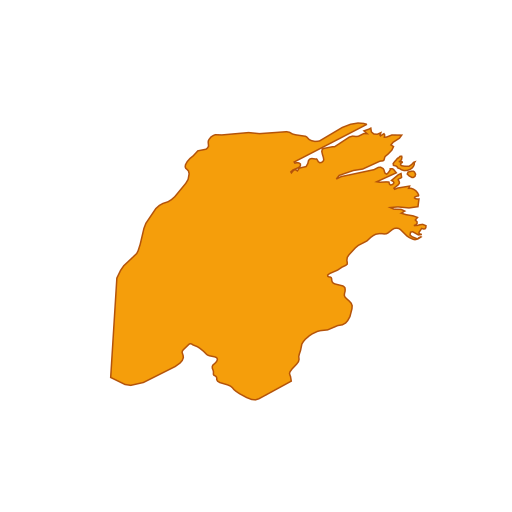 SVG path tracing the border of Östergötland, rotated 328°
{"feature_id": "SWE-184", "entity_name": "Östergötland", "entity_type": "County", "adm_level": 1, "iso_a3": "SWE", "parent_name": "Sweden", "parent_adm1": "", "projection": "natural_earth1", "projection_center": [16.243, 58.361], "detail": "fine", "context": "isolated", "style": "filled", "palette": "amber", "viewbox_px": 512, "rotation_deg": 328, "n_neighbors": 0, "source": "natural_earth", "source_scale": "10m", "svg_char_len": 5089}
<svg xmlns="http://www.w3.org/2000/svg" viewBox="0 0 512 512"><g transform="rotate(328 256 256)"><path d="M419.9,203.1L389.7,200.7L338.2,196.5L338.2,197.9L340.1,198.5L341.7,199.8L342.4,201.5L341.4,203.1L339.2,203.6L332.9,202.6L330.1,203.1L330.1,204.3L332.0,203.6L333.8,203.2L335.3,203.8L336.2,205.8L339.2,204.4L345.9,206.7L349.0,205.0L351.2,202.8L353.2,202.3L355.0,202.9L358.2,205.6L358.8,205.8L358.9,206.5L358.8,209.0L359.5,210.7L361.2,211.4L363.1,211.2L364.4,210.4L365.4,208.0L366.2,205.0L367.2,202.2L368.9,200.5L371.0,200.9L378.6,203.8L380.6,205.0L398.2,204.6L401.4,205.5L404.2,207.7L406.2,208.7L412.3,209.3L415.0,211.1L414.7,210.2L414.2,208.0L413.9,207.1L419.2,208.3L421.1,208.4L419.6,211.9L420.6,215.0L423.3,217.0L427.2,217.6L425.8,218.7L425.2,219.0L425.2,220.1L429.3,220.1L429.3,221.5L427.8,223.3L429.7,224.3L435.4,225.4L443.6,230.7L440.1,232.1L432.6,232.2L429.3,233.3L430.6,236.1L427.3,238.2L422.2,239.5L418.6,240.0L417.6,240.4L415.8,242.1L415.0,242.6L413.9,242.5L411.9,241.5L410.9,241.2L392.6,238.8L383.9,235.1L369.2,231.7L364.9,233.3L370.2,233.8L401.8,245.3L406.7,245.7L408.7,246.7L410.1,249.2L410.1,250.9L409.6,252.5L409.3,254.1L410.1,255.8L411.4,255.7L413.7,254.9L415.7,253.9L416.0,253.2L417.8,254.2L418.5,255.3L419.1,259.8L397.7,257.0L400.1,259.1L405.6,262.1L407.9,263.7L407.3,265.8L407.7,267.1L409.5,267.7L411.2,267.4L411.9,266.7L411.9,265.5L410.9,263.7L419.7,262.5L422.7,262.9L421.2,266.4L420.4,266.6L418.0,266.3L417.1,266.4L416.9,267.0L416.9,268.1L416.7,269.4L416.1,270.3L414.3,271.0L408.9,271.6L408.9,272.9L412.3,273.5L423.3,278.1L421.9,279.2L421.3,279.5L423.3,280.7L424.9,282.7L426.1,285.3L426.5,288.0L426.2,290.6L425.5,291.1L424.2,290.5L422.3,290.1L421.2,290.7L421.6,291.9L423.0,293.2L424.4,294.0L419.5,300.0L411.2,296.3L402.3,289.5L395.6,286.1L397.8,289.4L403.8,293.4L405.9,296.7L404.9,296.6L402.9,296.8L401.9,296.7L405.2,300.5L410.4,305.1L413.4,308.9L410.2,309.9L410.7,312.3L409.9,313.7L408.2,314.2L406.0,313.9L409.1,315.6L411.7,316.4L414.1,317.5L416.2,320.4L415.0,322.0L413.7,322.5L412.4,321.9L411.1,320.4L406.8,322.3L406.1,323.5L408.0,325.6L404.9,324.2L401.7,318.4L399.7,317.7L397.7,319.8L398.6,322.4L402.0,327.1L403.8,326.8L406.0,327.1L406.1,327.3L402.2,327.3L399.9,326.6L399.2,326.2L398.4,325.4L397.9,324.8L395.8,321.6L394.6,319.0L392.5,310.1L391.6,308.3L390.0,306.9L387.9,305.9L385.6,305.8L380.0,306.4L378.3,306.2L376.5,305.3L374.7,303.8L372.5,302.4L369.1,301.0L366.2,300.8L363.2,301.0L358.1,302.0L348.4,301.2L344.7,301.7L335.6,304.2L332.7,305.5L330.7,307.9L330.0,309.7L329.1,311.2L327.3,311.5L322.7,311.0L317.9,311.2L309.1,309.9L306.7,310.1L306.1,311.3L306.8,312.4L307.8,313.2L308.3,314.1L308.1,315.3L307.3,316.9L306.9,318.3L307.2,320.1L308.3,321.7L313.8,327.4L314.3,328.6L314.6,329.9L314.0,331.4L313.0,332.9L310.9,335.0L310.0,336.3L309.7,337.9L310.2,340.2L311.2,343.6L311.7,346.5L311.2,349.1L309.4,351.6L303.5,357.2L299.5,359.4L296.5,360.3L292.8,360.1L288.4,358.3L277.6,356.6L271.0,353.4L268.2,352.5L262.4,351.8L259.0,351.9L253.7,352.7L251.0,353.6L248.3,354.9L243.7,359.7L240.8,362.1L239.0,363.9L237.7,366.5L236.0,368.1L233.2,369.2L226.7,370.9L223.5,372.2L222.2,373.3L221.6,375.2L221.4,376.5L219.6,380.8L182.7,378.6L179.3,377.7L176.2,375.3L173.0,371.0L169.1,364.1L167.4,360.3L166.5,357.6L166.2,355.2L165.4,352.8L163.6,350.2L158.2,344.1L157.1,341.8L157.2,340.0L158.0,338.8L158.3,337.7L158.1,336.5L157.1,334.8L157.2,333.7L158.6,331.6L159.1,330.1L159.5,328.0L160.3,326.6L161.5,325.7L165.0,325.1L166.5,324.6L167.6,324.0L168.3,323.4L168.8,322.3L168.6,321.1L167.6,319.7L163.6,315.9L162.5,314.4L162.0,313.3L161.0,308.9L159.4,304.3L158.2,301.8L155.3,297.8L154.8,296.5L153.7,295.5L152.6,295.3L144.6,297.0L143.2,297.6L142.3,298.5L141.4,301.9L140.5,303.7L138.1,305.5L134.9,306.5L128.9,306.9L93.5,303.6L81.2,299.3L76.8,295.5L68.4,282.0L126.3,201.0L133.6,196.4L138.7,194.2L156.1,190.7L158.8,189.1L163.9,184.8L175.6,173.2L180.0,169.9L196.2,162.7L200.8,161.9L204.8,162.1L210.2,163.4L214.2,163.4L218.5,162.7L234.9,157.2L239.0,155.1L242.9,150.8L243.8,148.0L243.3,145.7L242.9,144.4L243.2,142.9L244.5,141.3L247.7,139.5L251.7,138.3L255.8,137.8L262.4,136.0L270.3,139.0L272.0,138.7L273.9,137.8L275.8,134.1L276.6,133.1L277.9,132.3L280.9,131.2L283.7,131.2L285.8,131.6L291.1,135.2L315.1,147.4L323.8,154.1L347.8,166.8L350.0,168.9L351.6,171.9L353.9,174.3L361.4,180.7L362.1,182.0L362.8,185.4L364.1,187.5L366.6,190.0L369.1,191.4L370.9,192.1L397.3,192.7L406.0,194.4L413.0,197.3L417.5,200.6L419.8,203.1L419.9,203.1ZM436.5,260.9L439.3,260.1L440.6,260.4L440.0,260.7L439.7,260.7L439.0,261.8L438.5,262.4L437.0,263.4L435.1,264.1L432.6,264.2L429.7,263.6L426.9,262.1L425.0,259.9L424.2,258.1L423.4,257.2L422.8,256.2L423.0,255.0L422.3,253.7L420.6,252.0L421.3,250.3L423.9,249.3L425.3,249.0L427.2,248.3L428.2,248.1L428.8,248.4L430.8,247.8L431.7,248.1L432.4,248.6L432.0,249.7L430.4,251.4L428.8,252.0L427.1,251.7L429.8,253.5L429.6,254.2L427.8,254.2L426.9,255.2L427.4,256.7L429.7,258.7L433.3,261.0L436.5,260.9ZM432.8,266.5L434.4,267.5L434.9,268.7L434.7,271.2L433.0,272.7L431.2,272.8L429.9,272.1L428.3,269.2L427.7,266.6L429.5,265.4L432.8,266.5Z" fill="#f59e0b" stroke="#b45309" stroke-width="1.5"/></g></svg>